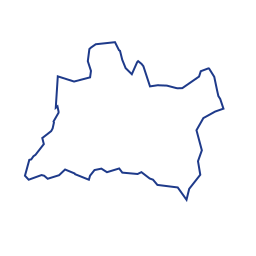 Ikot Abasi, Akwa Ibom, Nigeria, rotated 203°
{"feature_id": "59680162B30032590265448", "entity_name": "Ikot Abasi", "entity_type": "district", "adm_level": 2, "iso_a3": "NGA", "parent_name": "Nigeria", "parent_adm1": "Akwa Ibom", "projection": "albers", "projection_center": [7.634, 4.614], "detail": "fine", "context": "isolated", "style": "outline", "palette": "blue", "viewbox_px": 256, "rotation_deg": 203, "n_neighbors": 0, "source": "geoboundaries", "source_scale": "gbopen_adm2", "svg_char_len": 1068}
<svg xmlns="http://www.w3.org/2000/svg" viewBox="0 0 256 256"><g transform="rotate(203 128 128)"><path d="M194.4,185.6L191.1,173.8L184.4,166.1L182.7,159.8L195.8,149.7L212.8,148.1L202.4,118.4L201.4,120.4L198.3,115.9L197.9,114.9L199.1,104.9L198.3,104.1L197.2,98.1L197.5,95.1L202.4,86.3L203.0,85.3L199.2,80.3L202.7,67.1L204.0,65.1L204.8,61.3L206.4,60.1L204.2,43.8L199.2,41.6L189.2,50.9L186.5,51.3L182.1,49.9L173.0,57.6L169.7,65.2L159.4,65.3L158.7,64.8L143.8,65.1L144.3,69.3L142.4,76.2L136.6,80.2L130.1,79.1L120.3,87.3L115.8,84.7L101.2,89.4L98.4,92.6L88.3,90.0L84.8,90.2L78.7,87.1L59.0,92.7L46.1,84.8L47.9,95.9L43.2,113.2L50.6,124.8L51.3,136.3L64.1,152.7L62.5,166.6L54.2,177.2L47.7,183.1L54.5,190.8L57.3,192.7L60.6,197.3L68.6,208.8L76.6,214.4L77.3,214.3L83.2,208.7L82.7,203.1L93.6,185.9L98.0,183.9L99.3,183.6L108.8,182.2L116.7,179.2L117.0,179.2L124.0,174.9L138.0,190.9L140.6,192.3L144.8,193.5L145.3,192.2L145.5,179.0L153.6,182.2L160.0,188.6L165.5,195.9L166.7,196.1L173.5,201.9L190.4,192.5L193.5,187.6L194.4,185.6Z" fill="none" stroke="#1e3a8a" stroke-width="2"/></g></svg>